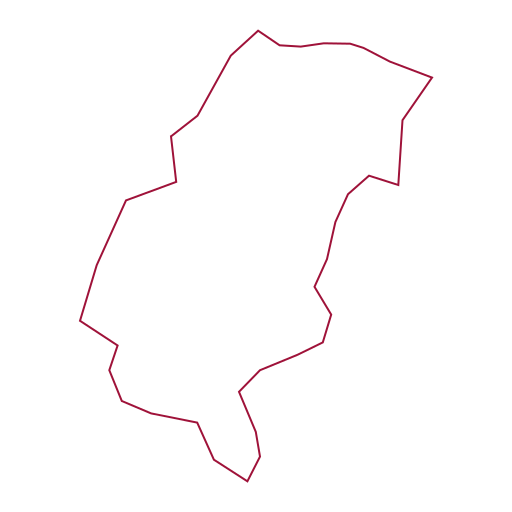 an SVG outline of Dečani, rotated 90°
{"feature_id": "KOS-5889", "entity_name": "Dečani", "entity_type": "District", "adm_level": 1, "iso_a3": "XKX", "parent_name": "Kosovo", "parent_adm1": "", "projection": "mercator", "projection_center": [20.231, 42.545], "detail": "fine", "context": "isolated", "style": "outline", "palette": "rose", "viewbox_px": 512, "rotation_deg": 90, "n_neighbors": 0, "source": "natural_earth", "source_scale": "10m", "svg_char_len": 623}
<svg xmlns="http://www.w3.org/2000/svg" viewBox="0 0 512 512"><g transform="rotate(90 256 256)"><path d="M136.0,340.5L115.7,314.5L55.6,281.2L30.7,253.9L45.3,232.4L46.6,211.2L43.3,188.2L43.7,161.8L47.9,148.5L61.6,122.1L77.6,80.0L120.2,109.5L185.0,113.7L175.7,143.0L194.2,164.0L222.0,176.6L259.1,185.0L286.8,197.5L314.6,180.8L342.4,189.2L354.7,214.3L370.2,252.0L391.8,273.0L431.9,256.2L456.6,252.0L481.3,264.6L459.7,298.1L422.6,314.8L413.4,360.9L401.0,390.2L370.2,402.7L345.5,394.4L320.8,432.0L265.2,415.3L200.4,386.0L181.9,335.8L136.3,341.0L136.2,340.7L136.0,340.5Z" fill="none" stroke="#9f1239" stroke-width="2"/></g></svg>